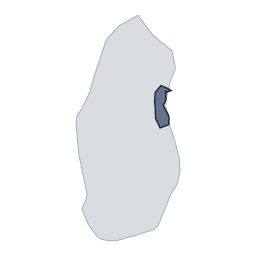 location of Al Daayen within Qatar
{"feature_id": "QAT-5487", "entity_name": "Al Daayen", "entity_type": "Municipality", "adm_level": 1, "iso_a3": "QAT", "parent_name": "Qatar", "parent_adm1": "", "projection": "robinson", "projection_center": [51.482, 25.509], "detail": "fine", "context": "in_parent", "style": "filled", "palette": "slate", "viewbox_px": 256, "rotation_deg": 0, "n_neighbors": 0, "source": "natural_earth", "source_scale": "10m", "svg_char_len": 860}
<svg xmlns="http://www.w3.org/2000/svg" viewBox="0 0 256 256"><path d="M138.4,234.6L127.5,237.5L117.1,240.6L108.5,240.6L101.6,239.3L97.0,236.3L88.2,224.3L81.9,208.8L85.8,200.1L87.1,194.7L78.7,153.7L76.0,122.3L77.0,115.8L81.9,108.4L89.9,92.0L94.2,76.2L106.3,39.7L119.1,25.7L137.9,15.4L153.3,35.5L172.0,50.9L175.5,68.2L170.0,82.2L165.0,104.5L168.0,114.8L169.1,123.6L174.2,138.6L179.2,157.9L180.0,171.4L177.3,183.9L170.8,194.4L158.0,225.9L154.1,229.2L138.4,234.6Z" fill="#d9dde1" stroke="#a8b0b8" stroke-width="1"/><path d="M171.1,90.6L169.0,91.2L167.4,92.1L166.5,91.6L165.7,91.2L166.0,98.7L165.7,100.8L165.7,101.0L165.0,102.3L164.0,103.6L163.3,105.0L163.6,106.3L168.1,114.5L168.8,116.5L169.0,118.5L168.7,124.6L160.1,127.9L155.6,118.5L155.3,108.5L154.6,100.8L155.3,92.3L161.0,85.6L168.0,88.6L171.1,90.6Z" fill="#64748b" stroke="#1e293b" stroke-width="1.5"/></svg>